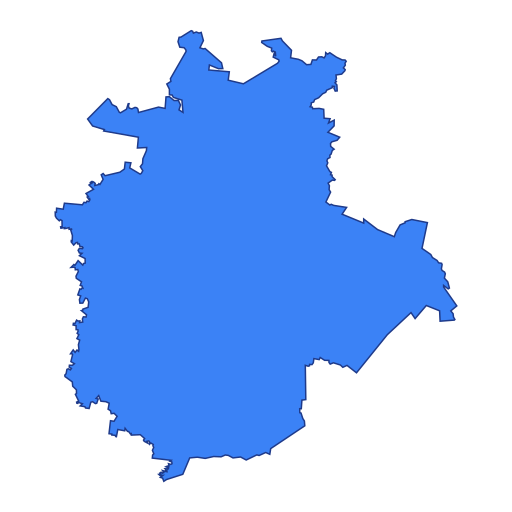 Macuspana, Tabasco, Mexico
{"feature_id": "50627088B6911600135809", "entity_name": "Macuspana", "entity_type": "district", "adm_level": 2, "iso_a3": "MEX", "parent_name": "Mexico", "parent_adm1": "Tabasco", "projection": "mercator", "projection_center": [-92.511, 17.856], "detail": "fine", "context": "isolated", "style": "filled", "palette": "blue", "viewbox_px": 512, "rotation_deg": 0, "n_neighbors": 0, "source": "geoboundaries", "source_scale": "gbopen_adm2", "svg_char_len": 5877}
<svg xmlns="http://www.w3.org/2000/svg" viewBox="0 0 512 512"><path d="M448.2,288.9L449.4,288.1L447.8,281.9L444.4,278.1L445.3,273.8L444.6,272.1L442.0,270.4L441.4,268.8L442.1,264.6L441.6,263.3L438.6,262.8L437.1,260.5L432.4,257.5L430.8,254.5L422.0,248.4L427.4,222.6L411.8,219.5L405.1,221.7L405.1,222.8L400.1,224.9L395.7,232.5L394.3,236.7L377.6,229.6L363.7,219.0L363.7,223.1L342.1,214.2L346.6,207.4L333.7,205.4L331.2,204.3L329.8,205.0L325.9,202.0L330.6,192.1L329.1,189.6L329.4,185.7L328.1,183.1L332.3,180.1L334.5,180.4L335.2,179.7L332.1,176.7L332.1,175.1L330.5,174.7L331.4,172.4L329.9,171.6L326.5,165.8L327.8,162.8L326.9,160.9L327.6,158.8L330.0,157.5L329.8,155.2L331.1,154.1L332.3,150.4L334.1,149.2L330.7,146.4L330.5,143.5L331.9,141.8L337.1,140.3L339.7,137.2L327.9,132.3L334.1,125.9L334.2,120.1L328.5,123.0L330.1,118.7L324.1,118.2L323.7,109.3L319.2,108.4L312.7,108.7L312.4,107.2L310.1,106.7L311.2,105.1L311.3,102.8L313.7,102.0L314.6,99.6L318.6,97.8L322.6,93.8L325.7,92.3L326.7,90.2L332.2,87.7L332.3,86.2L334.5,86.4L333.9,88.1L335.2,91.1L337.2,90.9L336.9,84.9L335.0,82.8L336.3,81.7L335.4,80.8L336.4,78.7L336.0,75.0L341.7,74.1L344.9,70.7L345.2,69.6L343.4,67.9L345.3,65.2L345.0,63.2L346.2,61.3L345.1,60.0L342.2,59.9L336.5,57.2L329.8,52.7L327.6,54.1L325.7,52.6L325.5,55.8L324.1,57.9L321.8,56.8L318.5,57.0L316.5,60.0L312.4,59.9L310.9,64.4L306.6,64.7L302.0,60.8L298.4,59.3L290.6,57.8L291.5,50.3L282.4,40.9L281.0,38.3L261.9,41.0L261.7,42.5L267.2,46.3L271.7,48.1L271.4,50.7L272.3,51.8L273.4,51.1L275.3,52.0L275.7,56.2L274.2,53.2L273.2,57.1L278.7,59.8L279.1,61.2L277.5,63.3L243.4,83.8L228.2,80.2L229.3,71.8L208.8,70.0L209.4,65.0L218.5,68.7L222.8,68.6L221.5,62.8L205.1,48.5L203.3,48.9L199.9,47.8L203.4,40.6L201.2,32.4L199.0,33.1L196.3,32.0L193.4,33.1L192.6,31.2L191.2,30.7L180.9,37.1L179.1,37.3L178.0,41.7L179.8,47.2L184.1,47.7L185.8,49.8L186.1,51.4L170.4,78.7L170.9,81.4L166.8,84.0L169.4,89.2L169.4,94.8L172.1,95.0L173.4,97.4L181.9,100.1L183.0,112.4L179.0,109.9L180.5,105.0L178.4,100.5L174.0,100.5L169.4,96.7L166.0,96.9L165.1,108.4L158.5,107.1L138.5,112.5L137.9,109.0L136.7,107.7L135.0,107.4L131.8,108.9L129.2,108.1L128.4,106.1L129.0,103.7L128.2,103.7L126.5,109.2L120.5,112.8L119.3,112.3L116.3,106.7L112.1,104.6L109.5,99.7L107.8,98.6L87.6,119.0L92.6,126.0L104.4,129.6L103.7,131.0L138.4,137.2L137.4,148.0L146.7,147.5L146.4,150.7L142.9,158.7L142.5,163.8L140.3,166.6L142.8,170.7L141.3,173.4L140.1,174.1L129.7,167.9L130.9,162.8L125.2,162.2L124.4,169.0L119.9,172.2L105.1,175.7L103.1,173.5L101.2,174.8L103.1,179.4L99.9,184.5L98.9,183.7L98.2,184.7L94.8,185.5L95.2,183.4L94.3,182.5L92.8,181.6L92.0,183.0L91.5,181.7L90.3,182.5L91.0,183.4L89.0,185.0L93.5,189.3L86.0,193.5L88.4,196.7L87.2,197.1L88.7,199.2L89.6,198.6L89.9,199.8L88.8,201.6L87.0,201.1L86.0,202.7L84.0,202.3L82.4,204.8L64.4,203.2L63.2,209.2L56.6,208.2L56.4,212.3L55.2,212.1L55.3,216.0L56.5,218.2L59.3,220.8L60.4,219.7L62.0,220.6L62.1,226.5L60.6,226.8L60.9,228.2L64.8,227.6L64.5,228.6L65.7,228.5L69.0,227.6L69.1,229.3L72.1,228.9L70.7,229.9L72.4,235.5L72.2,240.9L71.3,240.6L71.2,241.9L73.7,245.1L76.1,242.6L77.5,242.4L77.6,243.9L79.3,243.9L79.9,246.4L82.4,246.8L83.0,247.8L82.4,248.7L79.4,248.3L78.1,250.3L79.4,253.0L82.0,253.3L79.4,255.7L85.1,258.5L85.2,263.1L83.6,263.5L82.8,265.1L78.1,260.6L74.9,265.4L73.9,264.5L71.0,267.4L73.9,267.2L75.1,267.7L75.3,269.8L77.8,269.5L78.3,271.6L76.0,276.2L76.3,278.3L81.5,281.8L80.2,285.4L81.9,285.9L82.8,288.1L82.2,287.9L81.1,289.3L79.9,288.9L77.8,294.9L80.7,295.9L79.4,299.5L79.9,303.2L82.8,303.1L85.4,298.1L87.3,298.7L88.7,301.9L88.1,307.3L82.9,309.1L82.7,310.3L81.4,310.6L86.5,314.8L86.1,317.0L83.4,316.8L82.4,318.9L82.7,322.1L79.5,322.6L79.9,320.9L77.9,321.0L76.6,320.1L75.0,323.5L73.4,323.3L73.1,325.0L76.1,325.7L76.1,329.6L77.9,329.7L78.1,331.3L77.1,333.3L78.8,334.7L76.9,338.6L79.7,340.1L78.4,344.6L78.9,349.5L78.6,351.3L77.0,350.0L75.1,352.4L73.2,349.9L70.5,353.8L72.1,353.8L72.6,354.6L70.9,361.6L74.4,363.7L72.4,365.3L69.4,365.2L69.2,367.1L71.4,368.4L70.4,369.9L68.2,368.8L66.9,369.4L66.1,373.7L64.8,375.1L65.0,376.6L72.3,381.9L72.7,386.2L76.4,389.8L76.5,393.5L75.4,394.3L78.7,401.1L76.6,402.1L76.9,403.3L77.8,403.4L78.3,402.4L82.4,403.7L80.2,405.9L84.9,406.7L85.5,408.0L89.1,408.5L90.8,402.2L92.6,401.7L95.4,403.6L96.7,403.3L98.2,399.0L96.1,398.4L98.7,395.6L100.9,401.2L105.9,401.7L109.2,403.2L108.1,409.2L110.5,410.7L111.2,413.7L114.1,413.3L117.1,416.3L114.0,421.3L110.5,420.7L109.0,433.7L111.9,434.1L111.8,435.0L115.7,435.4L115.6,436.5L116.4,436.7L117.8,429.5L124.7,430.8L125.1,428.3L127.5,431.4L128.7,431.6L130.4,433.9L131.2,433.6L131.3,435.1L140.3,434.7L144.6,438.5L143.5,440.1L144.2,441.3L147.8,443.2L146.9,441.3L148.6,440.9L149.4,441.4L149.7,444.1L150.8,443.0L153.3,444.5L152.9,445.7L153.7,447.5L152.4,450.3L153.8,453.8L152.6,455.0L152.3,458.1L171.1,460.3L169.9,461.2L171.8,461.9L172.0,463.7L170.8,464.4L168.5,463.7L169.0,465.6L166.7,466.4L168.7,466.8L168.4,468.8L167.8,469.1L167.6,467.7L164.9,468.6L166.8,470.2L167.0,471.7L165.7,471.5L165.4,470.5L165.0,471.3L162.6,470.6L164.2,473.1L163.3,472.2L162.3,473.2L161.1,472.2L159.8,473.1L160.6,474.2L158.8,474.4L160.1,475.6L162.9,475.4L160.4,477.4L162.6,478.1L163.8,481.3L166.6,479.5L182.8,474.3L189.7,457.9L197.4,457.2L205.2,458.4L213.7,456.5L221.1,456.8L225.3,455.0L228.3,455.4L233.0,457.9L240.6,457.0L246.2,460.0L256.8,454.9L259.1,455.5L265.7,452.5L269.8,454.3L270.7,448.6L304.8,425.8L304.4,421.0L302.8,418.5L301.0,413.0L299.8,412.7L299.7,408.7L301.3,408.7L301.9,400.1L305.8,399.6L305.3,365.3L308.1,366.2L309.5,365.8L309.6,364.4L312.0,364.6L313.3,362.8L313.9,358.6L319.2,359.6L320.2,357.5L324.6,360.3L328.9,360.4L329.0,362.5L330.2,364.1L333.4,362.8L340.4,365.0L342.8,367.3L347.0,365.4L356.5,372.8L387.3,334.7L411.0,312.6L415.1,318.6L426.3,305.5L439.6,310.8L440.1,321.2L454.3,320.1L454.9,319.5L453.5,317.1L453.1,313.7L450.8,310.9L456.8,305.9L443.6,287.0L443.6,285.4L448.2,288.9Z" fill="#3b82f6" stroke="#1e3a8a" stroke-width="1.5"/></svg>